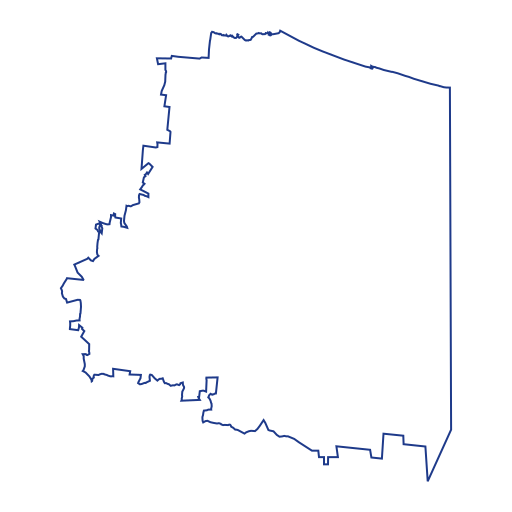 Tizimín, Yucatán, Mexico (Equal Earth projection)
{"feature_id": "50627088B55202518937979", "entity_name": "Tizimín", "entity_type": "district", "adm_level": 2, "iso_a3": "MEX", "parent_name": "Mexico", "parent_adm1": "Yucatán", "projection": "equal_earth", "projection_center": [-87.983, 21.249], "detail": "fine", "context": "isolated", "style": "outline", "palette": "blue", "viewbox_px": 512, "rotation_deg": 0, "n_neighbors": 0, "source": "geoboundaries", "source_scale": "gbopen_adm2", "svg_char_len": 5813}
<svg xmlns="http://www.w3.org/2000/svg" viewBox="0 0 512 512"><path d="M449.9,87.6L446.1,87.5L443.7,87.2L439.7,86.0L439.4,86.1L438.5,85.6L430.6,83.8L413.9,78.8L408.9,76.9L405.3,75.9L397.8,73.3L392.6,71.9L391.8,71.9L383.8,70.0L379.2,68.4L376.2,67.7L375.6,67.2L373.4,66.8L373.3,67.1L371.2,65.9L371.2,67.7L372.3,68.0L372.2,68.6L370.8,68.5L370.7,68.9L370.5,68.0L370.9,67.7L370.9,67.3L370.4,67.3L370.3,67.5L365.5,66.6L344.2,59.6L322.6,51.4L313.9,47.8L299.0,40.8L280.2,30.7L279.7,32.2L278.6,33.2L273.3,34.2L271.4,34.3L270.6,32.8L269.6,32.4L269.5,32.8L269.6,32.7L269.8,33.1L269.8,32.8L270.2,32.7L270.4,33.7L270.8,33.7L270.7,34.2L270.9,34.2L270.9,34.6L271.3,34.7L270.9,35.2L270.5,35.4L269.5,35.2L268.8,34.5L268.6,33.8L269.2,33.3L269.1,33.0L268.5,33.2L268.3,33.0L268.3,33.3L268.2,33.0L267.7,32.8L266.9,33.3L265.8,33.1L265.7,33.6L265.0,34.1L263.8,34.1L262.9,34.3L262.1,34.1L261.2,33.3L259.9,33.4L258.7,33.0L258.4,33.3L256.3,33.6L253.1,36.8L252.0,37.1L251.6,38.3L250.6,39.9L248.6,40.2L248.2,40.5L247.9,40.3L246.8,40.5L246.2,40.3L245.9,40.5L244.8,40.0L241.4,36.6L240.3,36.9L239.6,37.8L239.0,37.7L238.3,37.0L237.8,36.1L237.8,35.3L238.3,34.8L237.5,34.2L237.2,34.4L237.4,35.5L237.0,36.9L236.1,37.9L234.9,38.0L234.0,37.6L233.0,36.6L232.7,36.6L232.3,35.9L232.1,35.7L231.9,35.9L232.3,36.0L232.8,36.8L232.0,36.7L230.6,35.4L230.1,35.9L229.5,36.0L229.3,35.8L228.5,36.4L228.0,36.4L227.0,35.8L226.8,35.4L226.6,35.5L226.3,35.0L226.1,35.4L225.2,35.6L224.6,35.3L223.9,35.5L223.4,35.0L222.6,35.3L221.8,35.2L221.2,34.3L220.4,33.9L220.0,33.8L219.7,34.3L219.2,34.3L218.1,33.7L217.4,33.7L216.8,33.3L216.5,33.5L216.1,33.3L215.5,33.4L214.6,32.9L213.6,32.1L213.0,32.2L212.1,31.8L211.2,33.0L210.2,39.9L210.0,40.4L209.0,49.4L208.6,57.9L201.6,57.5L199.6,58.6L178.3,56.8L171.8,55.9L171.1,58.5L156.9,58.3L158.1,64.2L165.4,63.3L165.4,69.9L166.1,71.2L166.1,72.3L165.7,72.8L165.7,73.8L165.5,74.5L165.2,81.7L164.3,85.2L161.7,91.0L161.0,94.6L166.1,95.2L164.4,106.3L169.5,107.0L167.3,129.8L170.0,131.2L170.5,131.9L169.6,143.6L157.2,142.4L157.5,144.3L157.4,147.1L155.8,147.5L143.4,145.7L142.9,149.9L141.5,168.9L148.4,163.2L149.5,163.8L152.6,166.9L148.1,174.0L147.0,172.5L145.9,174.1L144.8,174.9L145.5,176.1L143.9,177.4L142.8,182.5L144.5,183.8L143.4,185.0L142.9,185.3L142.2,186.6L140.2,189.4L148.4,193.6L148.4,197.1L146.7,196.3L144.6,195.7L143.7,195.0L139.6,194.0L139.0,195.3L138.9,197.6L139.2,199.1L139.4,201.6L139.4,202.4L138.8,203.4L132.9,205.1L131.1,206.2L130.5,206.3L128.6,205.8L127.1,206.1L126.5,205.8L125.9,210.3L124.5,215.7L124.0,220.8L124.1,221.9L124.4,223.1L126.8,226.5L127.2,227.8L123.7,226.8L121.4,226.5L121.1,224.2L120.8,223.0L121.2,218.5L115.4,217.5L115.1,216.2L115.2,214.1L113.9,213.5L113.5,215.6L111.0,215.1L111.0,217.2L109.7,222.5L109.5,224.2L107.8,224.4L106.3,224.2L102.9,223.1L99.7,221.7L101.0,224.5L101.0,225.4L101.7,225.8L101.6,226.8L102.3,228.3L101.7,233.3L100.6,231.9L99.2,228.2L99.3,227.1L100.0,225.7L99.5,223.3L96.0,224.6L95.5,228.5L97.6,230.1L98.1,231.5L98.5,231.7L99.5,231.9L99.0,233.4L98.5,238.6L98.4,239.5L98.0,239.8L97.5,243.2L97.2,247.1L97.4,248.1L97.1,249.0L96.9,252.1L97.3,254.3L98.0,255.5L98.5,255.9L94.4,258.9L93.0,261.1L90.9,260.4L88.3,257.7L87.3,258.8L74.3,264.6L74.9,265.8L77.6,272.6L81.8,276.8L83.4,279.6L83.2,279.9L67.0,278.2L66.8,278.8L63.8,283.5L62.8,285.5L60.9,288.2L61.9,290.4L62.1,291.6L61.9,293.2L62.9,296.6L64.4,298.5L66.0,299.0L67.1,302.6L77.6,299.8L79.7,299.9L80.1,300.0L80.4,300.6L80.8,303.0L81.0,306.8L80.5,313.1L80.4,313.7L80.1,313.9L80.0,316.6L79.5,319.1L79.6,320.4L76.5,320.5L73.4,321.2L70.0,321.4L70.2,323.1L70.2,325.6L69.9,328.4L69.9,329.1L78.2,330.2L79.0,327.3L79.1,325.1L82.4,327.8L82.0,328.9L84.3,331.1L81.2,336.7L89.2,344.1L89.1,350.0L88.9,351.1L89.3,352.5L89.4,353.9L87.3,355.1L86.5,354.9L85.8,354.1L82.7,354.2L83.7,356.1L83.7,358.7L84.8,364.1L84.8,366.4L83.4,370.3L82.8,371.0L85.6,372.5L89.4,376.4L91.5,379.8L91.7,381.3L92.1,381.0L92.5,378.6L93.8,377.6L93.6,376.4L93.9,375.4L94.4,374.7L98.6,375.0L99.7,374.4L101.6,373.8L103.8,373.9L104.2,374.3L106.9,375.0L107.8,375.5L109.9,376.2L111.0,376.4L112.6,376.2L113.3,376.3L113.1,368.8L130.2,371.2L129.6,374.5L140.9,374.9L140.5,378.2L138.5,382.0L138.1,383.1L139.9,384.3L141.7,384.0L144.5,382.9L145.7,383.0L146.0,382.6L149.9,380.8L149.5,376.9L149.8,375.1L150.2,374.6L151.8,375.0L154.7,378.3L157.4,380.6L158.6,379.5L159.8,378.8L161.3,378.8L162.7,378.3L163.9,381.7L164.8,383.2L166.1,383.1L167.9,384.0L168.7,384.1L170.7,385.8L172.8,385.3L174.5,385.4L175.7,384.7L176.9,384.3L179.1,385.1L180.1,384.3L180.5,383.2L182.8,382.5L182.9,384.5L183.2,385.4L184.0,386.8L184.1,387.8L183.8,388.7L182.3,391.6L182.0,395.1L182.2,396.3L181.7,398.8L181.8,399.8L181.4,400.7L199.8,399.9L198.5,397.8L198.3,397.1L199.1,397.2L199.8,391.2L202.4,390.7L203.7,390.7L206.1,391.6L206.6,380.3L206.3,378.7L206.4,377.6L217.6,377.4L215.9,393.5L214.8,393.6L213.7,394.3L212.9,394.3L212.5,394.7L212.1,394.7L210.6,393.8L209.2,395.2L208.3,397.4L209.1,398.1L209.7,399.0L210.6,400.9L211.1,402.9L211.5,403.5L211.7,406.2L211.1,409.0L211.2,409.6L208.4,409.6L206.8,410.3L203.9,410.6L203.4,412.5L203.0,415.2L202.5,416.7L202.4,417.8L202.6,420.9L203.2,422.4L205.5,421.1L207.5,420.8L210.4,422.2L213.5,422.9L217.0,423.5L218.9,423.2L220.8,423.8L221.2,424.4L223.1,425.1L224.6,424.9L228.1,425.1L229.2,424.6L230.2,424.8L230.8,425.6L231.2,426.7L233.1,427.7L235.2,429.6L236.7,429.7L238.0,430.1L244.5,433.6L246.2,432.3L249.0,431.2L251.1,430.8L255.0,431.1L257.4,429.0L259.8,425.8L263.6,420.1L265.3,422.9L268.4,430.0L269.7,430.5L273.5,431.3L276.8,434.9L279.5,436.7L282.2,436.4L284.3,435.9L286.1,436.3L287.9,436.3L294.2,438.9L298.8,442.2L312.0,450.7L318.3,450.7L319.0,457.1L324.0,457.1L324.0,464.3L328.0,464.3L328.1,457.1L337.9,457.1L336.4,446.3L370.1,449.8L371.4,457.5L381.9,458.6L383.5,433.7L403.3,435.7L403.6,444.2L425.4,446.5L427.7,481.3L451.1,429.7L449.9,87.6Z" fill="none" stroke="#1e3a8a" stroke-width="2"/></svg>